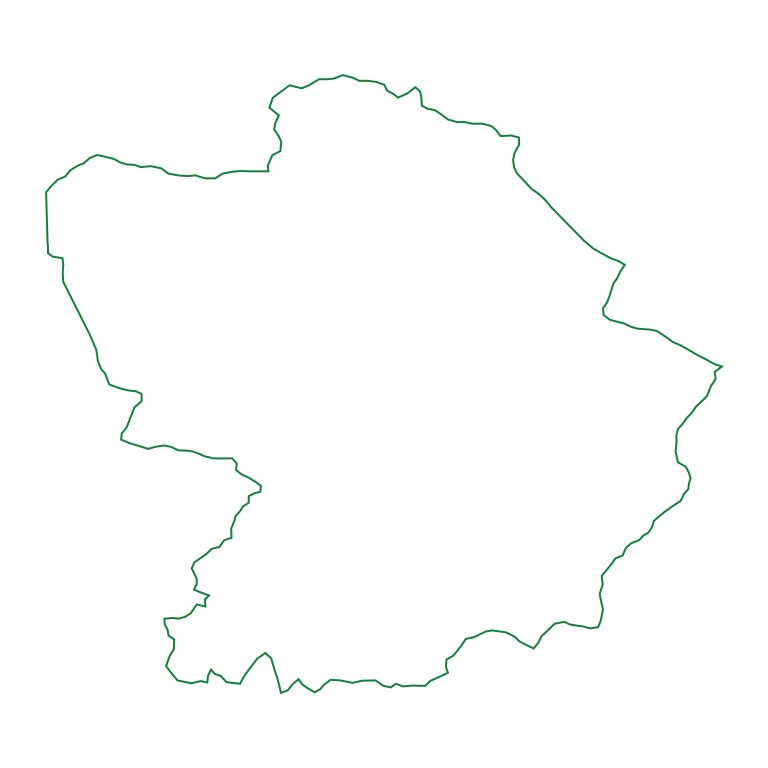 Olímpia, São Paulo, Brazil (Robinson projection), rotated 270°
{"feature_id": "56859067B84297955645286", "entity_name": "Olímpia", "entity_type": "district", "adm_level": 2, "iso_a3": "BRA", "parent_name": "Brazil", "parent_adm1": "São Paulo", "projection": "robinson", "projection_center": [-48.975, -20.708], "detail": "fine", "context": "isolated", "style": "outline", "palette": "green", "viewbox_px": 768, "rotation_deg": 270, "n_neighbors": 0, "source": "geoboundaries", "source_scale": "gbopen_adm2", "svg_char_len": 3823}
<svg xmlns="http://www.w3.org/2000/svg" viewBox="0 0 768 768"><g transform="rotate(270 384 384)"><path d="M96.6,170.0L87.6,177.5L84.7,191.5L86.9,200.6L85.6,207.3L92.0,208.0L98.5,211.0L94.0,214.8L92.0,220.8L85.8,226.6L84.2,240.0L90.3,243.3L97.9,248.5L109.3,257.2L115.0,265.4L109.6,271.3L104.0,272.8L95.2,275.5L89.6,277.4L83.0,279.1L75.1,281.0L77.7,287.8L83.6,292.4L88.9,298.6L83.3,302.6L79.6,308.0L75.7,314.6L78.8,320.2L83.0,323.8L88.2,330.5L87.6,340.0L86.5,346.0L85.1,352.3L87.3,362.1L87.6,375.6L82.2,383.3L80.6,390.9L84.2,395.7L81.6,403.2L82.5,413.0L82.2,419.2L82.2,425.3L87.1,430.3L90.7,438.4L95.2,447.9L101.2,445.9L108.5,446.5L112.4,453.4L122.3,461.3L129.1,465.8L130.8,474.0L133.6,479.8L136.4,485.6L137.6,492.5L136.5,500.0L135.6,506.2L131.3,514.6L126.6,519.5L122.9,526.6L119.5,533.6L125.5,538.5L131.7,541.4L136.5,546.6L144.3,554.7L146.1,564.5L143.6,569.7L142.5,575.9L141.6,582.8L139.6,590.5L140.9,598.1L147.2,600.7L158.8,603.0L167.2,601.0L174.2,599.7L183.4,602.7L192.1,601.7L199.4,607.8L204.8,612.1L209.6,615.4L212.4,622.5L220.3,626.1L224.8,631.3L227.9,639.1L232.4,643.3L235.6,648.7L241.2,652.2L247.1,653.9L252.2,659.7L257.1,665.9L262.4,673.4L267.2,680.8L274.2,684.1L279.0,688.3L284.7,689.0L289.7,690.6L295.9,688.7L301.3,685.7L305.8,677.9L316.4,675.6L326.5,676.6L332.3,676.3L338.9,677.9L344.7,683.1L349.2,686.1L355.8,692.2L361.1,695.8L367.7,702.7L371.9,706.9L376.7,708.8L381.8,710.9L389.2,715.7L396.1,714.7L401.5,721.9L403.8,714.7L409.2,704.9L412.3,698.8L415.0,693.9L419.0,687.1L423.3,679.3L426.0,672.8L430.0,667.5L437.1,656.8L438.4,649.9L439.4,637.2L441.3,630.8L444.5,624.2L446.7,615.6L448.3,609.8L452.9,603.7L459.7,603.0L465.6,607.1L472.9,609.8L484.8,613.5L489.4,617.0L496.4,620.2L503.1,624.8L506.7,619.0L509.7,610.8L515.2,600.7L519.5,593.2L527.1,584.2L561.1,550.8L567.0,546.2L571.4,541.8L575.2,537.2L579.0,531.6L587.6,523.7L594.7,516.9L600.8,514.1L608.2,513.1L615.2,514.6L623.5,519.2L630.5,518.9L632.5,511.0L631.9,500.6L637.8,496.2L641.9,491.6L644.3,482.7L644.3,472.3L646.0,464.4L645.8,457.7L648.4,448.2L654.7,439.7L657.9,434.8L659.2,427.7L662.4,421.8L669.3,421.5L676.5,420.2L680.8,415.3L674.5,407.2L670.4,398.0L674.2,393.2L677.4,387.2L683.2,384.3L686.2,375.9L687.2,367.1L687.2,359.3L690.4,352.4L692.9,342.9L689.5,334.2L688.7,326.4L688.8,319.2L685.6,313.6L682.5,308.8L679.7,301.5L682.7,289.6L675.7,280.1L670.4,273.0L660.5,269.3L652.6,278.8L644.7,275.3L638.7,274.1L631.7,278.8L626.0,281.3L616.9,280.3L612.8,272.3L602.3,267.8L596.7,268.4L596.7,259.1L596.7,249.7L597.0,240.0L596.1,231.2L594.4,222.7L589.7,215.2L589.6,205.2L592.7,195.0L591.9,188.2L592.5,178.8L594.4,168.3L599.6,161.5L601.8,151.0L600.9,140.7L603.2,134.4L603.5,127.2L605.2,121.1L609.2,113.6L611.4,104.4L613.0,97.2L610.0,89.8L604.7,83.7L602.6,78.3L598.1,70.8L591.6,65.3L588.3,57.8L582.0,51.3L575.8,46.1L526.7,47.5L520.3,48.0L514.9,48.0L511.4,52.6L509.8,62.5L503.5,63.3L495.1,62.7L486.0,63.3L479.9,66.4L432.7,90.1L417.9,96.4L406.9,97.9L398.8,101.2L394.5,105.1L383.5,109.3L379.8,119.3L377.5,128.6L376.8,135.7L374.1,141.6L366.8,141.6L360.6,134.4L351.2,130.8L340.5,126.6L334.6,121.8L328.4,121.1L325.0,129.1L323.1,135.5L319.1,148.4L321.1,155.0L322.5,163.8L321.1,171.3L317.7,178.1L317.4,186.3L316.6,192.5L314.4,198.6L311.8,204.4L309.7,212.9L309.5,221.4L309.7,232.1L304.5,236.8L297.9,236.1L293.7,241.4L290.6,248.1L286.3,255.3L282.1,260.9L276.2,260.3L274.8,254.6L271.9,248.8L265.2,248.7L261.5,242.9L256.7,240.0L252.2,235.8L245.9,233.9L239.4,231.2L230.2,231.5L227.9,224.3L221.1,219.4L219.1,211.6L213.8,206.2L210.6,201.5L205.6,194.4L199.6,191.7L193.8,194.6L188.9,196.7L183.8,196.7L178.3,194.0L175.3,201.5L172.5,209.1L168.6,205.0L161.5,205.4L163.5,196.7L154.8,190.8L151.3,185.5L149.4,179.1L150.0,172.5L149.3,164.4L144.0,164.7L138.1,167.6L132.4,168.6L128.5,174.2L118.6,173.8L111.8,169.6L102.0,166.1L96.6,170.0Z" fill="none" stroke="#15803d" stroke-width="2"/></g></svg>